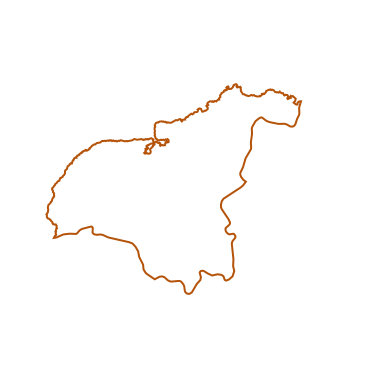 outline of Luperon, Puerto Plata, Dominican Republic, rotated 327°
{"feature_id": "3306468B16106454484671", "entity_name": "Luperon", "entity_type": "district", "adm_level": 2, "iso_a3": "DOM", "parent_name": "Dominican Republic", "parent_adm1": "Puerto Plata", "projection": "mercator", "projection_center": [-70.936, 19.84], "detail": "fine", "context": "isolated", "style": "outline", "palette": "amber", "viewbox_px": 384, "rotation_deg": 327, "n_neighbors": 0, "source": "geoboundaries", "source_scale": "gbopen_adm2", "svg_char_len": 6027}
<svg xmlns="http://www.w3.org/2000/svg" viewBox="0 0 384 384"><g transform="rotate(327 192 192)"><path d="M242.8,212.7L241.7,209.8L241.4,206.3L241.9,203.7L243.0,202.2L248.4,198.9L255.2,193.0L264.7,188.2L265.9,186.8L268.5,182.3L273.9,176.1L276.8,171.2L278.3,170.0L283.8,167.2L288.5,166.7L290.3,167.0L291.3,167.7L293.1,172.8L295.0,175.5L301.5,181.9L306.9,185.3L308.1,186.7L310.1,190.5L311.4,191.6L312.6,192.1L313.9,192.1L315.7,191.4L320.0,187.9L323.8,185.7L325.0,184.3L327.9,179.5L332.8,175.3L331.2,174.4L329.3,174.6L328.2,176.0L327.7,176.0L326.9,175.2L325.9,172.4L328.2,171.8L329.8,170.2L328.8,166.5L328.2,166.5L327.7,165.7L326.4,165.7L326.1,166.8L325.3,166.5L325.6,166.0L324.6,166.5L323.0,166.2L323.0,165.4L323.5,165.4L323.8,164.8L324.8,164.3L324.8,162.6L323.5,161.5L322.2,161.5L321.9,160.9L322.2,158.7L321.1,158.1L320.3,156.4L320.3,155.6L318.8,155.9L317.7,154.5L317.2,154.5L316.1,153.1L315.9,151.1L314.8,149.7L314.0,149.7L313.5,148.6L312.7,148.6L312.2,148.1L309.0,147.8L308.2,148.6L305.9,149.2L305.3,148.9L305.3,148.3L304.0,147.8L303.5,148.6L301.4,148.9L301.1,148.3L300.3,148.3L298.8,147.5L297.2,145.8L296.7,144.4L295.3,144.1L294.8,143.0L291.9,142.5L290.6,141.3L290.6,140.8L289.5,139.9L289.3,138.8L288.0,137.7L288.0,135.2L288.0,133.8L289.0,132.4L289.3,131.3L289.8,131.0L289.8,130.1L288.8,129.9L288.5,129.3L286.9,129.0L286.7,127.9L288.0,127.1L288.0,125.9L287.4,125.4L285.6,125.1L285.6,125.4L284.0,125.7L283.2,126.5L280.9,126.8L279.0,125.7L279.0,124.5L279.8,124.0L279.8,123.1L278.2,122.9L277.7,123.1L277.7,124.5L276.7,125.4L275.3,125.1L275.3,124.5L274.0,124.5L273.0,125.4L270.6,125.1L270.1,125.7L268.2,126.2L267.4,127.9L266.4,127.9L265.3,128.5L265.1,129.3L264.0,128.7L261.7,129.3L260.9,128.2L259.8,128.2L259.8,127.9L259.0,127.9L258.8,127.3L258.0,127.3L258.0,126.8L256.4,125.7L253.8,125.7L253.0,126.2L253.0,127.1L253.0,127.9L252.2,127.9L251.9,127.3L250.9,127.6L251.1,130.1L250.3,131.0L247.7,131.3L246.7,130.7L245.1,130.7L244.3,130.1L244.8,127.1L244.0,126.2L243.0,126.2L243.0,125.9L241.7,125.9L241.7,126.5L240.6,127.6L239.6,127.6L237.7,126.5L236.7,126.5L236.1,127.1L234.6,127.1L234.0,125.9L230.3,126.2L229.3,126.8L228.5,126.2L227.2,126.2L226.9,126.8L225.3,127.1L225.3,127.3L223.2,126.2L222.7,126.5L222.4,127.3L221.9,127.3L221.7,125.9L222.2,125.7L221.9,124.5L220.9,124.0L218.8,124.0L217.7,122.9L212.4,122.6L210.9,121.7L209.5,120.3L209.0,120.3L208.8,119.8L208.2,119.8L208.0,118.7L206.9,118.1L206.4,117.3L205.9,117.3L205.3,116.4L203.2,115.3L201.7,115.3L201.7,115.0L199.3,114.5L197.2,115.6L196.7,117.3L196.1,117.3L195.1,118.4L193.8,121.2L193.0,121.7L192.4,123.4L191.4,124.3L191.4,125.4L190.9,126.2L190.9,128.5L191.4,128.7L191.7,130.1L192.2,130.7L194.6,131.3L194.8,131.8L196.7,132.7L196.9,133.5L198.5,133.5L199.3,134.3L200.3,134.3L200.6,135.7L199.5,137.4L198.5,137.1L198.2,135.7L196.9,136.0L196.4,136.9L195.3,137.1L194.8,138.0L193.0,137.1L192.7,136.3L192.2,136.0L190.6,136.0L190.6,135.2L191.4,134.9L191.9,133.8L191.4,132.9L190.9,132.9L189.8,131.8L189.8,130.7L189.0,130.1L187.4,130.1L186.4,131.8L184.5,131.8L184.3,132.4L180.6,133.2L179.8,133.8L179.5,135.5L178.5,136.6L176.9,136.6L175.3,135.2L175.3,134.3L173.5,134.3L173.2,133.2L174.8,132.9L175.3,132.1L175.9,132.1L176.1,131.3L177.2,131.3L177.7,131.8L179.0,131.5L179.0,130.7L178.5,130.4L178.8,130.4L178.8,128.7L179.3,128.5L181.1,128.7L181.1,129.0L184.0,129.0L185.3,129.9L186.7,129.6L187.2,128.7L187.2,127.6L187.7,127.3L187.7,126.5L188.0,126.5L187.2,124.8L185.9,124.3L184.3,124.3L183.8,124.0L183.8,123.4L182.2,122.9L181.9,122.3L180.6,122.3L180.1,121.7L179.3,121.7L178.5,120.1L174.6,118.4L172.4,116.1L170.1,116.1L165.3,114.2L165.1,113.6L163.5,113.1L160.3,109.7L159.0,109.7L158.2,108.9L157.2,108.9L156.1,108.3L156.1,107.7L154.5,106.9L154.0,105.8L152.7,105.8L152.2,104.4L151.4,104.4L151.1,103.8L149.8,103.6L149.6,103.0L147.2,102.2L146.9,101.6L145.3,101.0L144.5,100.2L141.9,100.5L138.8,99.1L136.7,99.4L135.9,98.8L133.0,98.8L131.7,99.4L130.1,99.4L129.8,99.9L129.0,99.9L129.0,100.2L126.7,100.2L126.1,99.9L126.1,99.4L125.6,99.4L125.6,98.8L122.7,98.8L122.7,98.5L121.9,98.5L121.4,99.1L120.3,99.1L120.3,98.8L117.4,99.1L117.4,99.4L115.9,99.1L115.9,99.4L113.5,99.6L113.5,100.2L112.4,99.6L111.4,99.6L110.6,100.5L109.6,100.5L109.3,101.0L108.5,101.0L106.9,102.7L106.1,102.4L105.9,101.9L104.3,102.2L103.8,102.7L101.7,102.7L99.5,104.7L98.0,104.7L96.9,105.2L95.6,107.2L94.3,108.0L92.4,108.3L91.7,108.9L89.5,108.6L89.5,108.9L88.0,109.2L86.9,110.3L85.1,110.0L83.2,110.8L81.7,110.8L80.6,111.7L79.8,111.7L78.2,112.5L77.2,112.5L76.1,113.3L76.1,115.3L75.3,116.1L75.6,118.1L74.8,118.9L74.3,120.3L73.2,120.6L73.0,121.2L71.4,121.5L69.3,123.4L68.2,123.4L67.7,124.0L64.3,124.8L62.4,126.8L61.9,128.5L59.8,130.7L57.7,131.5L57.7,132.4L56.6,134.1L56.6,135.5L57.4,136.3L57.7,137.7L58.2,138.0L58.0,139.1L58.5,141.1L58.0,142.2L58.2,142.5L58.0,143.3L58.5,143.6L58.8,144.4L60.1,145.0L60.1,146.7L59.3,147.5L59.0,148.9L58.2,148.9L56.6,150.3L56.4,151.1L55.9,151.1L55.9,151.7L55.1,152.3L54.8,153.9L53.0,154.2L51.2,155.3L53.6,156.3L60.9,157.5L66.6,160.3L71.9,164.0L73.0,164.1L76.8,163.0L79.4,163.0L88.6,166.0L89.2,166.8L89.3,167.9L86.5,171.9L86.5,173.1L87.0,174.3L88.9,176.1L91.7,177.5L93.6,179.1L97.2,184.7L112.0,199.9L114.1,202.9L114.8,207.2L114.5,212.4L112.3,217.8L111.4,226.3L109.2,230.5L109.1,234.5L109.6,236.4L113.2,244.9L118.7,245.4L121.0,246.5L122.5,248.5L123.6,252.8L124.9,255.0L126.3,256.1L132.7,259.5L133.9,260.8L134.4,263.3L134.4,265.2L134.0,267.2L132.4,270.4L131.9,272.2L132.3,274.1L133.1,275.1L134.6,276.1L137.2,276.1L146.0,271.7L151.0,270.4L153.1,268.3L154.4,264.0L155.3,263.3L156.4,263.1L157.5,263.5L158.8,264.6L160.9,269.0L163.4,273.0L168.6,274.9L171.6,277.6L172.5,279.8L171.6,283.5L172.4,284.9L175.3,285.5L180.1,284.8L184.4,281.3L186.1,276.6L190.1,271.0L197.3,256.9L199.1,255.3L202.9,254.1L203.8,253.5L204.4,252.5L204.4,250.3L203.8,249.4L200.6,248.1L199.7,247.2L199.1,245.4L199.0,243.4L199.7,241.5L200.6,240.6L205.5,239.8L206.6,239.2L207.3,238.1L207.8,234.6L207.6,222.7L208.1,220.5L209.6,218.1L212.2,215.8L214.9,214.8L235.5,214.7L238.4,214.3L242.8,212.7Z" fill="none" stroke="#b45309" stroke-width="2"/></g></svg>